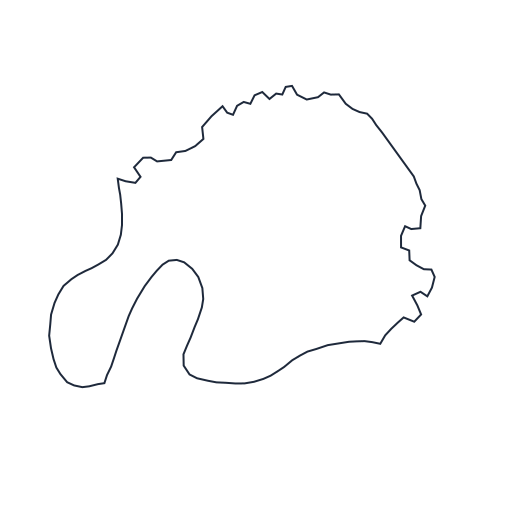 Caxambu do Sul, Santa Catarina, Brazil, rotated 18°
{"feature_id": "56859067B6253969040856", "entity_name": "Caxambu do Sul", "entity_type": "district", "adm_level": 2, "iso_a3": "BRA", "parent_name": "Brazil", "parent_adm1": "Santa Catarina", "projection": "natural_earth1", "projection_center": [-52.929, -27.152], "detail": "fine", "context": "isolated", "style": "outline", "palette": "slate", "viewbox_px": 512, "rotation_deg": 18, "n_neighbors": 0, "source": "geoboundaries", "source_scale": "gbopen_adm2", "svg_char_len": 1924}
<svg xmlns="http://www.w3.org/2000/svg" viewBox="0 0 512 512"><g transform="rotate(18 256 256)"><path d="M100.6,225.2L104.6,233.6L107.9,239.7L111.6,247.9L115.6,257.5L119.0,268.0L120.9,277.6L121.1,287.9L118.7,297.8L114.6,306.0L108.6,312.9L103.4,318.4L98.3,323.0L92.3,329.1L87.6,335.1L82.2,343.9L79.9,353.6L78.9,362.9L79.2,375.0L81.5,384.8L83.9,395.7L89.5,407.0L95.3,416.6L100.6,423.8L106.4,428.7L115.4,434.4L123.0,435.3L131.4,434.4L137.6,431.5L145.3,426.7L151.1,423.8L151.1,415.3L152.4,406.0L152.5,397.2L152.5,389.2L152.8,378.7L153.1,366.9L153.5,352.4L154.4,343.9L156.1,333.3L159.5,318.9L163.2,308.0L166.2,300.6L169.8,293.1L174.5,287.4L181.9,284.2L189.6,284.2L199.3,287.9L207.6,293.8L214.9,303.1L219.1,313.2L220.4,321.7L220.3,334.1L219.6,342.3L219.0,354.0L218.1,362.6L217.4,371.9L221.1,382.6L229.4,389.2L237.7,390.5L248.8,389.5L257.4,388.4L266.5,385.9L276.2,383.5L284.5,380.7L292.9,376.3L301.0,370.6L306.9,365.3L312.3,358.8L317.0,352.9L322.7,343.9L328.7,337.0L334.5,331.0L342.1,325.8L351.8,318.6L371.0,308.8L378.3,306.0L385.6,303.4L393.2,302.0L401.3,301.1L403.4,291.5L407.1,283.5L411.4,275.6L415.4,268.8L426.8,269.6L431.1,260.6L424.7,253.1L416.7,245.4L423.5,239.2L431.4,241.4L433.1,231.7L432.4,220.7L427.0,214.7L419.7,216.7L411.4,215.2L403.4,212.6L400.0,203.4L391.3,203.0L387.7,192.0L388.6,181.6L395.3,182.4L403.7,178.8L400.7,167.0L401.4,155.8L395.7,150.8L391.3,142.8L386.2,137.6L381.5,131.6L337.9,99.7L329.8,94.3L324.0,89.6L317.7,86.3L310.0,87.1L302.4,86.3L294.3,83.5L284.9,76.7L277.2,79.4L270.2,79.4L265.9,85.8L255.9,91.5L245.2,89.9L237.7,83.1L232.0,86.0L231.1,94.3L225.0,95.3L220.3,102.5L211.3,98.1L205.0,103.6L203.6,113.0L196.7,113.3L191.6,119.0L190.5,128.8L184.3,128.6L177.9,123.9L170.5,136.8L164.9,150.0L169.8,160.9L164.2,170.3L156.4,177.9L148.0,182.0L145.7,190.9L132.7,196.6L125.6,194.9L118.3,197.4L112.6,209.3L121.7,216.4L118.7,223.7L108.9,225.2L100.6,225.2Z" fill="none" stroke="#1e293b" stroke-width="2"/></g></svg>